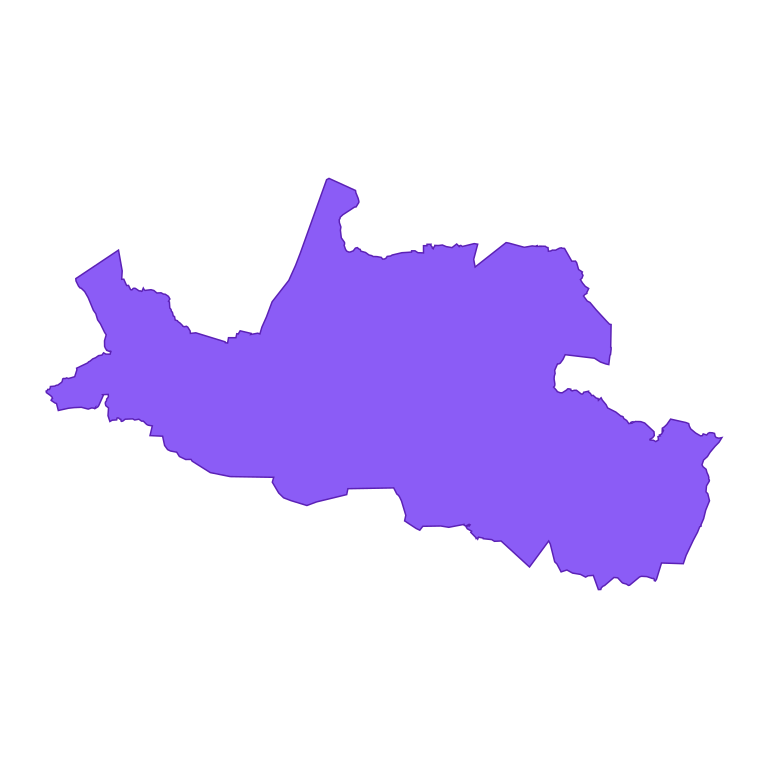 outline of Pátzcuaro, Michoacán, Mexico
{"feature_id": "50627088B82364093582116", "entity_name": "Pátzcuaro", "entity_type": "district", "adm_level": 2, "iso_a3": "MEX", "parent_name": "Mexico", "parent_adm1": "Michoacán", "projection": "natural_earth1", "projection_center": [-101.631, 19.502], "detail": "fine", "context": "isolated", "style": "filled", "palette": "violet", "viewbox_px": 768, "rotation_deg": 0, "n_neighbors": 0, "source": "geoboundaries", "source_scale": "gbopen_adm2", "svg_char_len": 6078}
<svg xmlns="http://www.w3.org/2000/svg" viewBox="0 0 768 768"><path d="M683.3,563.7L686.1,555.4L693.3,540.2L697.5,532.3L699.7,526.8L701.2,526.0L700.9,525.0L703.6,518.8L705.7,510.2L709.5,500.8L707.8,493.8L706.0,491.8L706.5,485.9L709.2,481.3L709.4,480.2L708.7,478.8L708.8,477.4L708.3,475.5L706.9,472.4L706.1,469.3L703.0,466.7L702.0,464.8L703.6,460.0L707.4,456.6L710.0,452.4L714.9,446.5L719.0,442.3L721.9,437.6L718.9,438.2L716.2,437.5L715.2,436.3L714.5,433.4L712.4,432.8L709.6,432.6L708.1,433.3L706.7,435.0L703.2,433.9L702.4,435.6L700.6,435.9L695.6,433.0L690.7,428.9L689.3,426.1L688.7,423.6L685.8,422.5L670.6,419.1L666.8,424.5L664.3,426.9L662.3,428.2L662.2,430.7L663.0,429.9L663.5,430.6L661.5,434.1L659.5,435.0L660.2,435.9L658.0,436.6L658.5,439.8L655.8,441.6L653.5,440.3L650.1,440.1L649.9,439.3L652.6,437.8L654.3,435.6L654.0,431.7L644.7,423.0L640.7,421.6L635.3,421.5L633.6,422.3L633.1,421.7L631.4,422.1L630.9,422.4L631.7,423.2L628.8,423.6L626.7,420.5L623.8,418.6L623.1,416.8L621.6,416.1L621.1,416.3L615.9,412.1L607.6,407.9L606.1,404.7L602.3,400.1L601.1,397.8L598.4,400.3L598.1,398.5L596.2,398.1L593.1,395.3L591.6,395.6L590.4,393.4L588.6,392.2L588.6,391.2L583.6,392.3L583.2,393.5L582.2,394.1L581.1,393.9L576.5,390.3L574.1,390.3L572.2,390.9L570.9,390.3L570.8,389.2L568.8,388.8L567.6,388.9L566.6,390.0L562.2,392.8L560.1,392.7L557.2,391.6L556.8,390.7L553.6,387.1L554.7,385.9L554.9,384.0L554.1,378.9L554.3,376.1L555.1,373.6L554.7,370.3L557.5,363.9L558.8,363.9L560.3,363.1L563.0,359.4L565.2,354.7L594.4,358.2L600.4,362.0L605.7,363.9L608.8,364.6L609.8,356.0L610.0,355.1L610.5,354.7L611.1,349.2L611.1,347.4L610.7,347.2L611.1,324.5L609.5,324.2L606.7,321.3L596.1,309.8L590.0,302.5L587.2,301.0L583.5,296.0L584.9,294.5L586.9,293.4L586.8,292.6L588.7,288.5L585.3,286.4L582.5,283.0L580.4,279.6L581.9,278.3L583.0,275.4L581.8,273.1L582.4,272.0L578.6,269.5L576.7,262.8L575.5,261.1L571.8,261.2L564.5,248.4L561.9,248.2L561.4,247.8L559.4,248.2L555.5,250.2L552.4,250.1L550.6,251.0L548.4,251.2L548.0,247.6L546.6,247.3L545.3,246.3L539.2,246.1L539.7,246.4L537.4,246.4L537.3,245.6L536.3,245.9L536.2,246.4L532.2,245.9L524.3,247.3L508.9,243.1L506.1,242.6L475.1,267.0L473.7,259.3L477.7,244.2L474.2,243.6L461.9,246.6L462.2,246.4L460.8,245.4L459.5,245.8L459.4,247.2L459.1,246.4L456.7,244.0L452.0,247.6L446.2,246.6L442.4,245.0L438.5,245.5L434.8,245.4L434.8,246.1L433.9,247.1L433.2,248.8L432.3,248.1L432.1,246.9L430.7,245.3L431.0,244.3L427.0,244.3L426.9,245.7L423.5,245.7L423.5,252.9L417.9,252.7L415.0,250.8L411.6,250.8L411.5,252.1L401.9,252.7L392.2,255.0L390.6,256.0L387.2,256.4L385.9,258.3L384.4,259.0L382.6,259.1L381.3,257.4L376.9,256.6L373.1,256.5L371.7,255.6L369.0,255.0L365.6,252.5L360.8,251.1L360.2,249.4L359.4,249.3L357.3,247.6L355.4,248.1L353.3,250.8L350.3,252.0L348.9,252.1L346.7,251.1L345.5,249.3L344.1,245.3L344.6,244.0L344.5,242.4L341.3,237.8L340.4,230.2L340.9,227.0L339.4,222.7L339.2,219.8L340.0,218.6L340.2,217.2L342.9,214.7L354.5,207.1L356.1,206.9L358.8,202.5L358.9,201.4L358.1,198.2L355.9,192.8L355.5,190.5L329.0,178.4L326.6,179.7L300.3,253.1L295.6,265.3L288.8,280.4L272.1,301.8L266.5,316.8L261.9,327.1L259.9,333.9L257.7,333.2L250.6,334.5L251.1,333.4L240.1,330.8L238.3,333.9L236.8,333.7L235.9,337.7L228.5,337.7L227.6,343.0L225.3,342.7L225.1,341.8L195.8,332.8L190.4,333.4L190.1,330.9L187.8,327.2L186.5,326.3L184.1,326.7L182.8,326.2L182.6,325.6L180.1,323.1L178.1,321.7L177.4,320.7L175.2,320.0L174.5,316.5L173.3,316.0L172.4,312.3L171.4,311.2L171.0,309.4L169.8,308.0L169.4,301.9L168.5,301.3L169.9,299.0L168.4,296.3L165.2,294.2L163.5,294.1L161.1,292.8L156.9,293.0L153.9,290.5L151.0,289.7L145.1,290.4L144.3,289.9L143.3,288.1L142.0,291.2L141.4,291.4L140.5,290.9L139.1,290.9L135.4,288.4L134.0,288.2L133.1,288.5L132.0,289.8L131.2,289.9L130.5,289.5L128.5,285.4L126.6,285.5L123.8,279.2L121.7,279.3L122.2,270.9L118.5,250.1L75.8,278.6L76.0,281.0L78.5,286.1L80.0,287.9L81.3,288.3L84.7,291.6L88.2,297.7L93.4,310.3L95.8,313.7L97.6,319.8L100.4,323.8L104.6,332.4L106.2,334.8L104.5,340.8L104.6,346.4L105.7,348.9L106.9,350.0L106.7,350.4L110.2,351.7L110.3,351.2L110.9,351.4L110.1,354.2L105.8,354.1L103.6,352.8L101.9,355.1L98.6,355.6L95.6,357.7L92.7,358.9L90.1,361.1L88.5,361.9L87.7,362.9L76.6,368.2L76.9,369.8L74.7,376.7L68.5,378.5L66.5,377.9L65.4,378.5L63.3,378.5L62.7,379.0L62.2,381.4L61.5,382.4L57.8,385.1L56.2,385.3L54.7,386.1L50.4,386.5L50.2,388.0L49.5,389.4L47.7,389.4L47.3,390.6L46.1,391.1L46.4,392.6L50.6,395.6L52.1,397.2L52.5,398.5L51.5,399.2L51.1,400.4L55.0,403.0L56.5,403.5L58.3,410.5L68.7,408.2L74.2,407.6L81.4,407.3L88.2,409.1L91.8,407.9L94.8,408.4L95.4,407.6L95.3,408.4L97.8,406.9L98.7,405.7L103.3,395.4L102.7,394.7L108.2,394.4L108.4,396.6L108.0,397.5L106.7,399.0L106.5,400.8L105.4,402.2L105.3,403.6L105.8,405.7L108.5,407.9L108.0,415.7L109.9,421.5L112.2,420.2L116.7,419.9L117.0,418.1L117.4,417.9L118.7,418.0L119.5,419.0L120.8,419.3L121.1,421.1L121.6,421.4L122.9,421.0L125.2,419.2L132.7,418.9L134.7,420.0L138.9,419.2L141.5,421.1L143.4,421.2L146.6,424.4L148.2,425.2L152.3,425.9L150.0,435.6L162.6,436.2L164.6,445.5L167.6,449.6L170.5,451.0L176.7,452.2L179.4,456.5L185.7,459.5L191.0,459.4L192.2,461.2L210.3,472.6L230.2,476.6L273.7,477.3L272.3,482.2L278.7,493.0L283.6,497.8L290.9,500.6L306.9,505.5L316.6,501.9L346.7,494.6L347.9,488.7L393.7,487.9L396.8,494.0L398.5,495.4L399.6,497.0L401.5,501.0L405.8,515.3L404.6,520.9L416.2,528.5L419.8,530.2L422.8,526.3L440.8,526.0L448.8,527.3L464.0,524.4L464.2,525.4L466.0,526.0L469.1,524.3L470.1,524.8L469.1,526.1L468.1,525.6L466.1,526.8L467.3,528.8L471.6,531.2L470.8,532.4L475.8,537.5L476.1,538.6L477.1,538.2L477.7,539.1L478.5,537.2L483.0,538.0L483.2,538.7L491.7,539.6L494.4,541.3L501.1,541.0L529.5,567.0L548.7,541.0L550.3,544.1L554.7,561.8L557.0,564.1L561.1,571.9L566.9,570.0L572.6,573.1L580.5,574.4L585.6,577.1L588.0,575.8L593.3,575.4L598.4,589.6L600.8,589.5L601.3,587.8L603.0,586.2L604.6,585.5L613.9,577.5L617.7,577.8L621.9,582.4L622.9,583.1L626.5,584.1L628.4,585.4L629.6,585.2L639.6,576.9L641.5,576.3L646.9,576.6L652.4,578.5L653.6,578.4L654.2,579.2L654.3,580.6L655.3,581.0L656.5,579.3L661.5,563.0L683.3,563.7Z" fill="#8b5cf6" stroke="#5b21b6" stroke-width="1.5"/></svg>